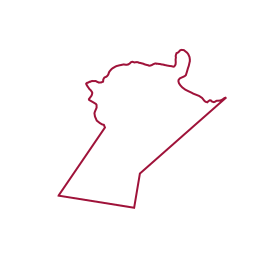 the district of Thomazo/Tournesse, Dennery, Saint Lucia, rotated 37°
{"feature_id": "8701671B52938625502385", "entity_name": "Thomazo/Tournesse", "entity_type": "district", "adm_level": 2, "iso_a3": "LCA", "parent_name": "Saint Lucia", "parent_adm1": "Dennery", "projection": "mercator", "projection_center": [-60.947, 13.919], "detail": "fine", "context": "isolated", "style": "outline", "palette": "rose", "viewbox_px": 256, "rotation_deg": 37, "n_neighbors": 0, "source": "geoboundaries", "source_scale": "gbopen_adm2", "svg_char_len": 4907}
<svg xmlns="http://www.w3.org/2000/svg" viewBox="0 0 256 256"><g transform="rotate(37 128 128)"><path d="M81.6,85.4L81.4,85.8L81.2,86.2L81.0,86.4L80.9,86.8L80.8,87.0L80.7,87.3L80.5,87.7L80.4,87.9L80.4,88.1L80.2,88.4L80.1,88.6L80.1,88.8L79.9,89.1L79.8,89.4L79.8,89.5L79.6,90.1L79.4,90.8L79.4,91.1L79.4,91.3L79.4,91.5L79.3,91.8L79.3,92.0L79.2,94.2L79.3,94.4L79.3,94.7L79.3,94.9L79.5,95.2L79.5,95.4L79.5,95.6L79.6,95.9L79.9,96.5L79.9,96.8L80.0,97.0L80.1,97.4L80.1,98.3L80.1,98.7L80.1,98.9L80.0,99.2L80.0,99.4L79.9,99.7L79.9,99.8L79.7,100.1L79.7,100.3L79.6,100.6L79.4,100.9L79.2,101.1L79.1,101.3L79.0,101.5L78.9,101.7L78.8,101.9L78.8,102.1L78.8,102.5L78.9,103.0L78.9,103.3L79.0,103.7L79.1,104.0L79.2,104.4L79.3,104.6L79.5,104.8L79.7,105.1L79.8,105.2L79.9,105.5L80.0,105.6L80.2,106.0L79.9,106.5L79.5,107.1L79.4,107.4L79.3,107.6L79.0,107.9L78.9,108.0L78.7,108.1L78.3,108.5L78.1,108.7L77.9,108.8L77.6,109.0L77.4,109.2L77.3,109.3L77.0,109.3L76.6,109.4L76.4,109.5L76.2,109.5L75.9,109.7L75.7,109.7L75.4,109.7L75.2,109.7L74.8,109.8L74.5,109.8L74.2,109.9L73.8,110.0L73.6,110.2L73.2,110.5L72.8,110.8L72.3,111.2L72.2,111.3L71.9,111.5L71.5,111.7L71.4,111.9L71.2,112.0L70.8,112.3L70.7,112.5L70.5,112.8L70.4,113.1L70.3,113.3L70.1,113.6L70.0,113.8L69.8,113.8L69.6,114.1L69.4,114.3L69.3,114.7L69.2,114.9L69.1,115.1L69.0,115.4L68.7,115.8L68.7,116.0L68.4,116.3L68.1,116.6L68.1,116.8L68.0,117.2L67.9,117.5L68.0,117.9L68.2,118.0L68.5,118.2L68.7,118.3L68.9,118.4L69.1,118.4L69.3,118.6L69.9,118.8L70.1,118.9L70.3,119.0L70.5,119.0L70.8,119.2L71.0,119.2L71.2,119.3L71.6,119.4L71.9,119.5L72.3,119.6L72.7,119.8L73.4,120.0L73.5,120.0L73.8,120.1L74.0,120.2L75.0,120.2L75.3,120.3L75.5,120.3L75.8,120.4L76.1,120.5L76.6,120.6L76.8,120.7L77.2,120.9L77.4,120.9L77.7,121.0L77.8,121.1L78.1,121.3L78.3,121.4L78.5,121.7L78.6,122.0L78.9,122.6L79.0,122.9L79.1,123.1L79.2,123.4L79.2,123.5L79.3,123.8L79.4,124.4L79.4,124.7L79.4,126.0L79.4,126.6L79.4,128.2L79.4,128.5L80.1,129.0L84.8,128.4L87.9,128.1L89.0,128.5L90.7,130.7L91.7,134.8L92.3,136.4L94.7,138.7L98.6,140.9L102.4,141.0L105.2,140.7L106.8,140.0L109.3,141.5L113.2,223.6L113.3,223.8L180.9,188.0L164.9,157.2L176.7,99.7L188.1,44.4L187.7,45.1L187.0,46.0L186.5,47.8L185.8,49.5L184.6,51.1L182.3,53.0L181.7,54.6L181.0,55.7L179.8,56.1L178.7,56.4L177.5,56.1L176.6,56.7L176.0,58.5L175.9,59.7L174.7,60.2L174.0,60.4L172.5,60.3L170.3,59.7L169.0,59.4L165.5,59.6L162.6,60.4L159.4,61.3L157.7,61.5L153.9,62.3L150.6,62.9L146.8,62.9L144.1,62.4L141.8,61.6L140.2,60.4L139.5,59.3L139.5,57.3L140.3,55.7L141.6,53.4L142.1,52.3L142.4,51.0L141.4,48.1L139.9,44.2L139.1,41.7L137.5,38.2L137.4,37.8L136.2,36.1L134.4,34.3L131.7,32.8L129.8,32.3L125.7,32.2L123.6,33.5L122.9,34.6L122.7,36.9L122.4,37.9L121.7,39.0L122.3,40.8L122.8,41.9L123.7,42.7L124.9,44.8L126.1,46.2L126.8,47.1L127.8,48.8L127.9,51.0L127.4,51.7L125.2,52.6L124.5,53.1L121.4,54.7L120.6,55.0L120.4,55.1L120.1,55.3L119.9,55.4L119.7,55.5L119.3,55.7L119.2,55.7L119.0,55.8L118.8,55.8L118.7,55.9L118.5,56.0L118.3,56.1L118.1,56.1L117.9,56.2L117.7,56.3L117.4,56.5L117.2,56.6L117.0,56.8L116.7,56.9L116.6,57.0L116.3,57.1L116.1,57.2L115.9,57.3L115.7,57.4L115.5,57.5L115.3,57.5L115.1,57.6L114.9,57.7L114.8,57.8L114.6,57.9L114.5,58.0L114.3,58.1L114.2,58.2L114.0,58.3L113.9,58.4L113.6,58.5L113.4,58.6L113.2,58.7L113.0,58.8L112.9,58.9L112.8,59.0L112.6,59.1L112.3,59.3L112.2,59.5L111.8,59.6L111.6,59.6L111.3,59.8L111.2,59.9L111.1,60.0L110.9,60.1L110.7,60.4L110.6,60.6L110.4,60.8L110.2,61.2L110.1,61.3L109.9,61.7L109.8,61.8L109.7,62.1L109.6,62.3L109.5,62.5L109.4,62.9L109.3,63.0L109.2,63.2L109.1,63.4L109.0,63.6L108.9,63.8L108.8,64.0L108.6,64.1L108.5,64.3L108.4,64.5L108.2,64.8L108.0,65.0L107.9,65.1L107.7,65.3L107.4,65.5L107.2,65.6L106.8,65.6L106.7,65.7L106.3,65.8L106.1,65.9L105.9,65.9L105.7,66.0L105.4,66.2L105.2,66.3L104.9,66.4L104.7,66.5L104.4,66.6L104.1,66.7L104.0,66.8L103.8,66.9L103.6,66.9L103.4,67.0L103.2,67.1L102.8,67.2L102.7,67.2L102.6,67.3L102.3,67.3L102.1,67.3L101.7,67.4L101.6,67.5L101.4,67.5L101.2,67.6L100.8,67.8L100.7,67.8L100.4,68.0L100.2,68.0L99.8,68.2L99.6,68.3L99.4,68.4L99.2,68.4L98.9,68.5L98.6,68.7L98.5,68.8L98.2,68.9L98.1,69.0L97.9,69.1L97.7,69.2L97.5,69.3L97.3,69.3L97.1,69.4L96.9,69.4L96.7,69.4L96.5,69.5L96.2,69.6L95.9,69.8L95.7,69.9L95.5,70.0L95.4,70.1L95.1,70.3L95.0,70.5L94.8,70.6L94.7,70.7L94.4,71.0L94.2,71.2L94.1,71.3L93.9,71.5L93.7,71.8L92.7,72.1L91.6,72.5L91.1,73.2L90.8,73.7L90.7,74.1L90.7,74.6L90.6,74.9L90.6,75.1L90.6,75.3L90.5,75.6L90.4,75.9L90.2,76.4L90.1,76.6L90.1,76.8L89.9,76.9L89.9,77.1L89.8,77.3L89.6,77.5L89.4,77.7L89.3,77.9L89.1,78.1L88.9,78.3L88.6,78.5L88.3,78.7L88.2,78.8L87.8,79.0L87.6,79.2L87.4,79.2L87.2,79.3L86.7,79.6L86.3,79.8L86.2,80.0L85.8,80.3L85.7,80.5L85.4,80.9L85.1,81.1L85.0,81.3L84.7,81.7L84.5,82.0L84.3,82.1L84.2,82.2L84.0,82.4L83.9,82.6L83.7,82.8L83.5,83.0L83.3,83.3L83.2,83.4L83.0,83.6L82.8,83.9L82.6,84.2L82.4,84.4L82.3,84.6L82.1,84.8L81.8,85.1L81.6,85.4Z" fill="none" stroke="#9f1239" stroke-width="2"/></g></svg>